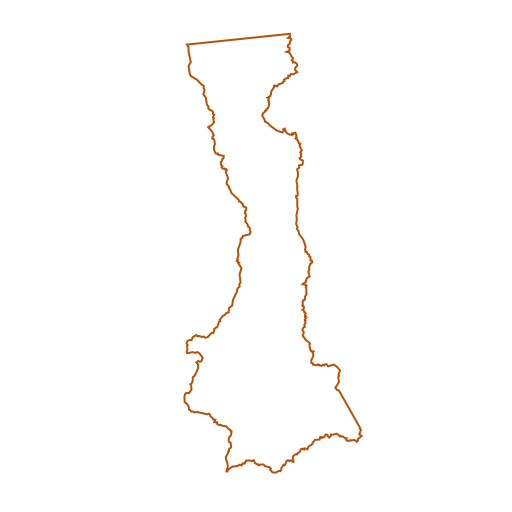 Alto Alegre, Roraima, Brazil, rotated 264°
{"feature_id": "56859067B49514522744018", "entity_name": "Alto Alegre", "entity_type": "district", "adm_level": 2, "iso_a3": "BRA", "parent_name": "Brazil", "parent_adm1": "Roraima", "projection": "mercator", "projection_center": [-62.757, 3.103], "detail": "fine", "context": "isolated", "style": "outline", "palette": "amber", "viewbox_px": 512, "rotation_deg": 264, "n_neighbors": 0, "source": "geoboundaries", "source_scale": "gbopen_adm2", "svg_char_len": 6047}
<svg xmlns="http://www.w3.org/2000/svg" viewBox="0 0 512 512"><g transform="rotate(264 256 256)"><path d="M44.1,203.9L47.2,207.2L49.0,210.6L49.1,215.4L50.1,218.0L49.2,219.8L51.1,220.8L50.6,222.6L51.1,223.3L51.8,223.3L52.1,224.2L53.5,224.7L53.3,228.4L52.4,230.6L53.2,232.4L50.5,233.2L48.3,235.7L48.7,236.3L47.6,237.1L48.2,238.9L47.9,241.3L47.6,242.0L46.1,242.8L44.5,247.6L43.0,248.5L42.0,247.7L39.2,249.7L38.5,252.7L39.9,256.4L39.5,257.7L40.9,258.9L42.2,258.9L45.5,261.6L44.9,262.6L45.4,263.1L49.0,265.0L49.5,266.5L48.5,267.8L49.2,268.5L47.3,271.7L49.5,271.9L50.2,271.2L53.0,271.9L54.6,274.5L54.5,276.2L55.4,276.4L56.3,278.7L59.1,280.4L59.5,281.1L58.6,283.3L59.4,283.1L59.6,284.7L58.4,287.0L60.8,288.2L63.4,292.7L64.3,292.8L67.0,295.3L66.8,300.0L69.2,301.0L69.1,302.4L68.3,302.5L68.7,304.8L71.2,306.6L70.7,308.3L69.5,308.4L67.8,309.8L69.3,311.6L70.5,311.8L70.3,314.6L70.9,317.4L69.4,319.6L67.9,320.3L68.3,321.1L67.5,321.6L67.6,323.3L65.1,325.9L65.3,327.0L63.2,326.6L62.4,328.3L63.0,330.2L62.5,330.4L62.8,334.5L60.8,336.7L61.4,337.9L63.1,337.9L65.9,342.2L67.8,340.1L72.2,342.2L73.5,341.2L74.5,341.4L111.1,325.5L113.5,324.3L114.4,322.6L116.6,321.1L121.9,325.3L126.7,325.1L128.1,326.1L129.1,325.6L133.4,327.6L137.0,325.1L139.9,322.0L138.8,316.2L140.9,315.0L140.9,313.2L140.0,312.3L140.9,311.2L139.9,309.7L140.5,308.0L141.2,307.7L140.9,306.7L141.7,306.2L141.1,304.6L142.0,301.4L143.1,301.5L144.0,299.8L146.6,300.1L149.9,302.2L151.6,302.8L154.0,302.1L155.0,303.2L156.0,300.5L160.5,299.8L163.7,300.4L167.9,296.2L168.6,296.3L171.0,294.5L172.5,294.2L173.8,295.2L175.6,295.5L177.1,294.6L178.4,294.6L179.4,295.2L180.5,297.2L182.2,296.8L184.4,298.2L186.6,297.9L186.9,298.4L187.5,297.9L188.5,298.9L190.3,298.2L191.5,298.5L191.2,299.1L192.2,298.6L193.8,299.4L194.7,299.1L195.0,298.2L197.2,297.6L197.6,296.8L197.9,297.6L200.3,298.4L201.8,296.8L202.6,297.5L206.0,297.6L207.1,298.2L207.0,299.2L207.9,300.4L210.3,300.4L212.7,302.2L218.9,302.6L219.8,302.2L221.0,303.2L221.6,303.2L223.1,299.5L225.2,303.0L226.5,303.1L228.9,304.7L230.1,307.2L234.8,306.4L237.0,307.7L238.7,307.4L242.3,309.0L243.9,311.4L245.7,311.0L245.7,309.8L249.0,310.0L249.7,309.9L250.1,308.9L251.9,308.9L252.5,307.7L254.7,306.9L255.2,305.5L256.1,306.0L257.5,305.4L259.6,306.3L264.0,305.5L267.9,304.4L273.4,301.1L275.8,301.0L278.8,299.5L280.0,300.4L283.7,299.3L288.1,300.4L292.0,300.4L299.0,302.6L300.4,302.2L308.5,303.0L310.4,301.8L311.4,302.2L311.0,302.6L312.4,304.0L320.0,304.0L320.7,304.5L325.8,304.1L327.4,304.3L330.5,305.9L333.8,306.4L338.0,306.0L339.2,308.1L341.6,308.2L341.7,311.3L342.5,312.0L346.0,312.6L347.5,310.1L348.8,309.6L350.1,311.4L351.9,311.2L353.0,311.8L354.4,310.8L356.3,312.7L360.9,310.9L363.1,311.8L363.3,310.6L366.9,309.5L368.8,307.7L369.5,308.8L370.2,308.3L372.1,308.8L374.5,308.0L374.1,304.6L373.4,304.4L372.9,305.2L372.6,304.4L373.6,301.4L375.5,299.1L379.7,297.8L379.1,296.3L377.7,296.8L376.1,295.2L378.5,289.9L384.3,283.6L386.6,282.0L388.9,278.9L390.2,278.9L395.3,276.9L397.3,278.0L398.3,279.7L399.5,280.2L399.6,281.4L401.1,281.8L401.4,282.9L403.0,284.1L406.3,285.2L407.8,284.6L408.7,285.1L409.7,284.4L411.6,285.4L412.3,284.1L413.8,287.2L418.7,288.7L422.1,291.8L423.3,291.6L423.6,293.0L422.4,294.7L424.4,296.6L425.4,301.0L426.6,301.3L427.0,302.6L428.4,302.3L429.6,304.6L429.5,306.5L431.9,307.0L431.3,308.3L433.3,309.4L432.8,312.1L434.5,316.2L437.0,314.3L439.3,314.8L440.8,317.0L442.8,316.7L444.4,315.3L444.6,312.9L446.0,313.1L446.9,312.1L448.5,313.5L454.8,310.4L455.8,307.8L456.7,310.8L459.6,311.2L460.2,309.7L461.1,309.4L462.6,310.1L463.4,311.7L465.9,312.3L467.5,313.9L468.8,313.4L469.6,310.7L471.0,312.9L473.4,312.9L473.5,209.4L470.7,210.7L465.8,210.3L455.6,211.4L452.7,209.2L451.2,208.8L443.9,209.2L441.6,210.2L437.3,215.9L432.3,219.7L430.6,221.8L428.6,221.5L426.3,222.2L422.2,220.6L418.7,222.7L412.0,222.9L409.3,224.4L407.9,224.0L406.4,225.0L405.1,227.4L403.3,228.4L401.7,228.0L401.1,229.2L398.3,227.6L397.4,228.5L396.2,227.8L393.3,228.2L390.6,225.3L389.1,221.9L384.2,225.4L380.3,226.6L379.2,225.2L377.3,224.8L377.1,226.1L374.9,226.8L371.3,226.7L369.1,225.7L365.8,225.4L362.4,226.5L361.4,228.3L361.9,228.8L360.5,229.5L358.9,234.4L356.3,233.7L356.0,232.7L353.9,231.9L352.9,230.7L350.3,230.8L348.9,232.0L347.8,231.0L346.2,232.3L346.4,233.5L345.4,234.3L345.7,235.3L344.4,236.0L342.7,234.7L336.3,236.3L331.8,234.4L330.5,234.5L327.6,236.5L326.6,236.1L325.5,237.0L321.0,238.3L313.8,244.6L311.9,245.0L311.6,246.2L310.1,247.1L309.8,248.0L307.3,248.3L306.0,249.3L306.1,250.2L305.1,251.3L302.7,251.0L301.9,249.9L299.6,249.4L298.9,250.2L296.8,250.3L295.2,249.2L292.7,249.5L291.5,249.0L288.4,250.9L286.2,251.1L285.9,252.0L284.1,252.8L282.4,252.5L280.4,253.1L278.3,252.0L277.3,245.1L275.4,244.2L274.7,242.6L271.1,242.0L264.1,238.6L258.1,238.6L255.1,237.1L253.7,237.6L253.0,236.5L251.3,238.3L251.1,237.5L245.4,240.3L239.2,237.7L231.6,237.9L229.4,236.4L227.3,236.5L225.6,234.2L222.0,233.0L214.8,228.5L209.3,227.2L207.0,223.7L202.8,222.9L202.2,220.2L200.6,218.7L199.8,216.6L196.2,213.2L195.0,213.6L194.5,212.4L189.8,210.2L188.0,207.1L184.5,205.9L183.9,205.3L184.3,205.0L184.0,203.5L180.3,199.4L180.1,197.0L181.4,195.4L181.1,194.1L182.4,190.8L182.3,189.4L183.6,188.4L182.0,184.7L179.2,183.1L179.4,181.3L178.7,179.1L176.5,177.8L174.4,178.7L173.3,177.9L170.1,178.1L167.8,177.0L166.6,177.4L167.0,183.0L166.0,185.2L166.6,187.6L165.2,189.5L160.3,192.4L157.0,190.5L156.8,188.9L157.6,187.7L156.4,185.6L154.4,187.0L150.6,186.8L143.3,182.5L142.2,180.5L138.1,179.9L135.7,178.4L135.3,177.3L132.9,178.0L129.7,177.8L126.6,175.0L127.2,173.1L126.5,171.3L123.7,170.1L118.1,169.8L116.1,172.0L112.5,173.4L110.2,173.3L109.3,174.7L108.1,175.1L108.0,177.1L106.9,178.3L107.1,180.9L103.7,190.9L104.0,192.8L102.8,193.8L101.1,193.9L99.7,195.7L98.0,196.3L97.5,198.4L95.1,197.1L94.8,199.9L92.9,199.9L91.3,202.4L91.8,203.1L90.8,204.5L89.8,208.4L86.2,211.2L85.8,212.3L84.3,212.6L84.2,213.3L80.5,212.4L77.9,210.0L75.0,209.6L73.6,209.9L73.1,211.3L68.3,211.2L66.7,209.0L64.9,208.8L64.4,207.9L63.4,207.9L59.2,205.0L56.7,204.9L54.6,205.7L50.0,206.0L44.1,203.9Z" fill="none" stroke="#b45309" stroke-width="2"/></g></svg>